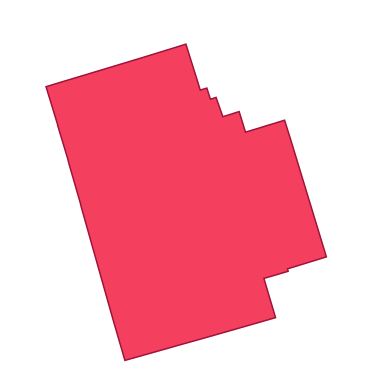 outline of McLean, Illinois, United States of America, rotated 74°
{"feature_id": "52423323B64474423593150", "entity_name": "McLean", "entity_type": "district", "adm_level": 2, "iso_a3": "USA", "parent_name": "United States of America", "parent_adm1": "Illinois", "projection": "mercator", "projection_center": [-88.926, 40.519], "detail": "fine", "context": "isolated", "style": "filled", "palette": "rose", "viewbox_px": 384, "rotation_deg": 74, "n_neighbors": 0, "source": "geoboundaries", "source_scale": "gbopen_adm2", "svg_char_len": 517}
<svg xmlns="http://www.w3.org/2000/svg" viewBox="0 0 384 384"><g transform="rotate(74 192 192)"><path d="M91.0,302.8L125.3,302.3L131.5,302.5L172.4,302.4L175.5,302.6L294.8,303.1L335.4,302.9L335.6,248.4L335.8,207.6L335.8,146.3L294.9,146.7L294.7,121.4L292.2,121.4L291.4,80.7L168.9,82.7L148.5,83.2L149.2,124.1L127.7,124.5L128.1,141.6L107.7,142.8L107.9,148.7L96.2,149.1L96.3,156.0L88.7,156.1L48.2,157.1L49.2,207.9L50.2,282.7L50.5,303.3L91.0,302.6L91.0,302.8Z" fill="#f43f5e" stroke="#9f1239" stroke-width="1.5"/></g></svg>